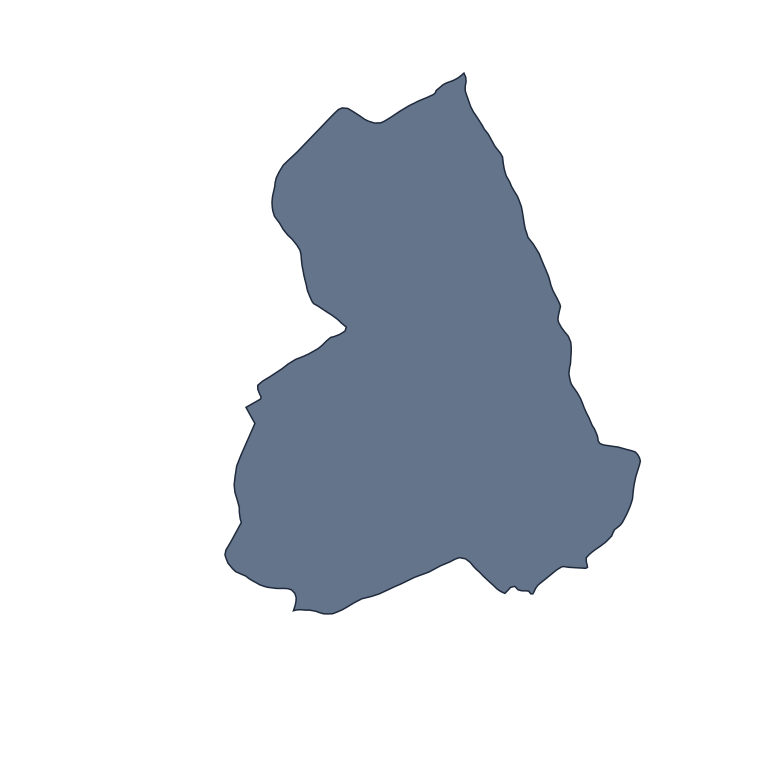 Ou Reang Ov, Kâmpóng Cham, Cambodia, rotated 240°
{"feature_id": "14789045B44533012408415", "entity_name": "Ou Reang Ov", "entity_type": "district", "adm_level": 2, "iso_a3": "KHM", "parent_name": "Cambodia", "parent_adm1": "Kâmpóng Cham", "projection": "equal_earth", "projection_center": [105.534, 11.827], "detail": "fine", "context": "isolated", "style": "filled", "palette": "slate", "viewbox_px": 768, "rotation_deg": 240, "n_neighbors": 0, "source": "geoboundaries", "source_scale": "gbopen_adm2", "svg_char_len": 4143}
<svg xmlns="http://www.w3.org/2000/svg" viewBox="0 0 768 768"><g transform="rotate(240 384 384)"><path d="M142.2,384.0L143.4,388.2L143.8,389.5L144.6,391.9L143.4,396.1L138.8,397.2L136.1,399.8L133.9,403.5L132.3,405.7L128.9,406.2L127.8,408.0L129.2,410.3L131.2,413.1L132.8,416.7L133.5,420.5L134.3,426.1L135.1,430.9L136.2,437.6L136.7,440.8L136.8,446.5L136.1,448.3L132.7,452.6L128.6,458.8L126.0,462.8L123.5,466.6L123.5,468.6L125.3,469.3L128.8,470.3L132.4,472.3L133.5,475.7L134.4,480.1L134.9,483.8L135.4,490.4L136.3,497.3L138.5,505.1L140.6,507.8L142.6,510.8L143.0,514.3L143.7,518.3L144.8,521.0L146.5,523.8L147.4,525.2L149.6,528.7L152.9,533.3L155.1,536.1L158.0,539.4L160.4,541.9L166.8,546.4L171.7,550.2L177.7,555.6L182.0,560.2L186.3,564.9L189.1,567.5L192.6,568.4L196.1,568.4L199.6,567.6L203.2,564.3L205.9,561.5L209.6,557.9L212.2,555.4L215.6,551.0L218.1,547.9L221.3,543.8L224.4,541.3L227.6,541.0L229.6,541.9L232.6,542.9L235.5,543.3L239.9,543.8L244.0,543.6L248.3,544.1L252.1,544.6L256.5,544.8L260.1,545.1L263.6,545.5L268.3,546.3L273.1,546.9L279.9,547.0L286.4,546.4L290.2,546.2L293.5,546.8L295.7,547.6L299.7,548.9L301.9,550.3L305.6,553.1L308.0,555.4L311.6,557.8L315.7,560.5L318.7,562.5L322.4,564.6L326.7,566.6L333.2,567.5L339.5,566.4L344.5,565.9L349.8,566.0L352.5,566.7L355.1,568.4L358.6,571.5L361.0,573.8L362.9,575.6L365.3,576.2L367.5,576.4L371.7,576.7L375.0,576.8L380.3,577.0L385.9,577.9L390.1,579.1L391.4,579.4L394.9,580.3L399.3,580.9L406.7,581.8L413.7,582.7L419.1,583.5L425.2,583.4L430.8,583.2L438.9,582.0L444.5,583.3L447.4,583.8L452.2,585.4L459.6,588.3L465.2,590.4L469.1,591.7L476.1,592.9L479.8,593.4L485.8,593.2L491.2,593.2L496.4,593.9L503.1,593.9L509.7,595.5L515.2,597.5L518.0,598.7L521.4,600.2L526.0,600.2L531.6,599.3L535.0,598.9L537.4,599.0L541.8,599.1L548.3,599.2L554.3,598.3L556.3,598.3L558.5,598.4L563.4,598.2L569.5,597.9L574.8,597.5L580.2,597.7L583.9,598.3L588.9,599.3L593.5,600.1L597.1,600.9L600.5,602.7L602.2,604.0L604.8,606.3L608.9,608.2L613.3,608.7L612.7,605.9L612.4,603.8L612.1,601.4L612.1,599.2L612.2,596.2L612.7,593.0L613.2,590.5L613.6,587.5L613.6,584.3L613.1,581.9L612.7,579.4L612.1,575.8L610.6,574.3L610.0,571.6L610.7,563.8L611.8,555.8L612.5,544.8L612.3,534.1L611.6,523.6L611.4,515.7L611.8,511.7L614.8,506.2L619.6,501.8L623.0,499.5L628.1,497.2L635.1,493.6L640.7,490.5L644.0,485.8L644.5,481.8L643.1,475.9L640.2,465.7L637.8,457.6L633.2,441.5L628.3,424.6L625.4,412.1L623.9,406.2L620.1,399.2L616.5,393.9L614.4,391.9L612.7,390.3L609.5,388.0L604.1,383.0L601.6,380.8L597.3,377.8L592.9,375.6L589.3,374.2L583.9,373.0L575.4,374.0L568.1,374.0L561.1,375.1L555.4,376.8L547.9,378.0L541.7,378.1L537.5,376.8L532.9,374.6L527.4,372.2L522.7,370.6L518.3,369.0L514.3,367.8L509.2,366.4L503.2,364.4L497.6,363.6L492.1,363.0L488.9,363.2L484.3,365.9L480.4,367.8L474.4,370.8L470.7,372.8L464.2,375.7L460.0,377.1L458.8,377.3L454.5,378.9L452.1,379.8L449.3,376.7L449.1,370.3L450.0,364.6L451.0,361.1L450.1,355.9L448.4,349.6L447.6,344.4L447.7,333.7L448.3,327.5L449.5,319.9L449.3,311.2L448.2,303.3L447.7,294.7L447.3,288.1L447.2,280.5L446.0,274.0L442.6,272.1L437.6,271.3L434.2,271.1L432.7,269.6L432.8,252.8L424.0,252.6L414.4,252.5L393.8,224.4L388.7,218.0L386.8,215.6L378.9,209.2L371.6,203.8L364.8,200.8L363.7,200.5L357.2,199.0L351.8,197.6L349.4,196.9L345.3,194.6L339.2,192.1L335.4,191.2L324.2,172.9L319.2,164.0L315.5,160.8L311.1,159.9L306.6,159.3L303.4,159.9L300.2,160.4L295.7,161.7L290.4,165.5L286.9,168.2L282.7,169.9L279.9,171.4L275.4,174.2L272.4,175.9L268.6,179.1L266.2,181.5L263.4,185.2L260.9,188.4L258.9,191.7L257.2,194.8L254.7,198.6L252.0,200.9L249.9,201.5L247.2,202.1L242.8,201.1L239.9,199.2L236.8,196.5L232.9,192.2L232.3,194.8L230.2,199.0L227.6,202.7L225.5,206.3L221.4,211.2L218.2,213.9L215.1,216.9L212.9,220.5L210.7,224.7L209.8,230.6L209.3,235.5L209.3,240.6L209.5,247.7L209.1,257.3L206.3,267.0L204.6,275.0L203.6,286.8L203.1,292.7L202.4,298.3L201.3,313.8L200.2,320.2L198.7,328.8L198.6,332.3L198.3,342.1L197.0,352.1L196.8,357.7L196.0,362.4L191.8,367.2L186.3,369.5L181.8,370.2L177.6,371.2L173.1,372.7L167.7,374.0L160.9,376.1L154.7,378.1L150.7,379.2L148.2,380.2L144.9,382.0L143.5,383.1L142.2,384.0Z" fill="#64748b" stroke="#1e293b" stroke-width="1.5"/></g></svg>